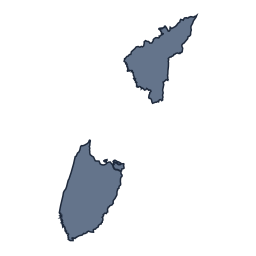 the district of Sucre, Manabi, Ecuador
{"feature_id": "8360857B16036105102773", "entity_name": "Sucre", "entity_type": "district", "adm_level": 2, "iso_a3": "ECU", "parent_name": "Ecuador", "parent_adm1": "Manabi", "projection": "natural_earth1", "projection_center": [-80.333, -0.56], "detail": "fine", "context": "isolated", "style": "filled", "palette": "slate", "viewbox_px": 256, "rotation_deg": 0, "n_neighbors": 0, "source": "geoboundaries", "source_scale": "gbopen_adm2", "svg_char_len": 5732}
<svg xmlns="http://www.w3.org/2000/svg" viewBox="0 0 256 256"><path d="M68.2,239.3L70.2,240.6L73.1,240.6L73.1,239.1L72.7,238.6L72.1,238.5L72.2,237.9L73.9,238.0L75.0,238.5L75.4,237.9L76.3,237.5L76.2,237.3L79.2,235.7L82.3,235.0L83.7,233.4L84.7,233.7L87.0,232.6L87.0,232.0L88.4,231.2L90.9,232.0L93.5,232.2L93.3,229.9L94.2,229.2L95.5,229.1L96.3,228.0L98.2,227.0L98.4,226.5L98.3,225.7L98.9,225.0L100.4,224.0L101.1,224.0L101.5,222.5L102.2,222.3L102.3,221.1L102.9,220.0L102.7,217.5L102.2,217.2L103.5,215.8L103.5,215.2L103.2,214.7L104.9,213.2L106.3,213.5L107.2,212.0L107.7,211.9L107.5,209.3L107.6,208.6L108.1,207.9L108.2,207.2L109.3,206.7L109.8,205.7L112.0,204.9L113.3,203.1L113.1,202.6L113.3,200.5L115.0,198.5L116.9,194.9L117.0,191.5L117.6,189.9L117.6,189.1L119.0,188.2L118.9,187.2L119.3,186.0L120.5,185.0L120.7,184.2L120.4,181.7L120.5,178.8L121.1,177.0L121.8,176.6L122.1,175.9L122.0,174.9L121.3,174.3L120.9,172.9L121.0,171.5L117.5,169.9L115.7,169.8L114.2,169.0L113.3,167.4L112.6,165.0L110.2,162.0L108.4,162.2L107.2,162.8L105.6,164.3L104.4,164.8L103.0,165.0L101.4,164.6L100.2,163.9L99.0,161.1L96.1,161.0L95.2,160.7L93.5,157.0L92.1,156.2L90.2,154.7L89.7,152.9L89.8,151.7L89.5,149.5L89.8,148.4L89.3,146.3L89.8,145.3L89.9,143.0L90.3,141.1L90.3,140.6L89.8,140.1L89.3,140.4L88.6,142.3L87.3,143.6L84.4,145.2L82.7,145.8L81.8,145.6L80.7,146.3L79.8,150.1L78.9,152.0L77.5,153.1L76.2,156.2L75.2,156.6L73.6,163.8L71.2,172.3L69.0,179.0L68.2,180.3L66.5,187.0L65.8,188.9L64.4,190.7L63.5,192.4L62.9,196.0L60.6,205.7L59.3,212.8L59.6,213.3L60.5,213.2L60.7,213.4L60.7,213.8L60.3,214.3L60.7,214.9L61.3,215.1L60.4,215.5L61.1,215.7L61.5,216.4L60.2,216.1L60.2,216.4L60.8,216.5L60.9,216.9L60.8,217.5L60.3,217.8L60.9,217.8L61.2,219.3L61.9,219.4L61.7,219.9L61.1,220.0L61.4,220.8L62.2,220.1L62.6,220.7L62.2,221.8L61.4,222.6L62.3,222.8L61.8,223.2L62.5,223.6L62.7,224.1L62.3,224.0L62.2,224.3L62.9,224.9L62.5,225.6L62.6,226.0L63.2,225.5L63.0,226.9L63.4,226.6L64.0,226.9L64.1,226.3L64.6,226.8L65.0,227.8L64.8,228.7L65.2,228.9L65.1,229.4L65.4,229.6L65.3,229.8L65.6,230.3L65.2,230.7L65.7,231.0L65.8,230.7L66.3,231.0L65.7,231.5L66.4,232.0L66.2,232.7L66.9,233.6L67.7,233.4L68.0,234.2L68.4,234.3L67.8,235.5L68.1,235.9L68.1,237.0L68.5,237.3L68.2,237.8L68.4,238.4L68.2,239.3ZM196.7,15.4L195.6,16.3L194.4,16.5L193.8,17.2L190.8,16.6L189.7,17.1L189.2,17.0L188.8,17.6L187.9,18.1L186.8,18.0L186.7,17.7L184.7,17.9L184.1,18.4L183.9,19.1L183.2,19.6L183.2,20.2L180.7,19.4L180.1,20.5L179.9,21.9L178.0,23.3L177.0,24.6L176.7,25.3L176.2,25.5L175.7,26.3L171.7,28.5L170.2,27.2L170.0,28.2L170.0,30.0L169.4,31.0L168.4,31.2L168.1,31.0L168.0,30.2L167.7,30.1L166.6,28.0L166.3,28.0L166.3,27.5L165.4,26.3L164.7,27.0L164.4,26.6L164.1,27.5L163.5,27.6L162.2,28.6L162.2,28.0L161.0,28.1L160.2,28.8L160.3,28.2L159.5,28.3L159.3,28.5L159.6,28.9L158.9,28.7L158.8,29.0L160.6,30.5L160.7,31.3L161.4,31.8L161.4,33.1L163.2,33.6L163.2,33.9L162.6,34.5L162.0,34.7L162.4,33.8L161.7,33.8L161.4,34.8L160.2,36.0L159.2,36.0L159.3,37.4L158.7,37.9L155.9,37.6L154.2,38.6L153.2,39.8L153.3,40.7L151.8,43.0L149.8,43.1L149.3,42.2L148.3,41.4L147.1,41.4L145.5,40.6L144.1,41.9L144.3,43.0L143.7,45.9L143.0,46.5L142.5,46.9L141.3,46.4L140.2,47.1L139.4,47.1L138.2,46.5L136.2,46.9L134.9,48.6L131.4,51.7L130.8,54.4L129.6,54.5L128.6,55.3L128.4,56.0L126.8,56.5L125.3,58.5L124.7,58.6L124.9,59.1L124.5,59.6L124.1,61.4L125.9,62.5L125.6,62.8L125.7,63.9L126.5,64.2L126.8,64.0L127.1,64.3L126.8,65.2L126.9,66.5L127.5,66.5L127.7,67.3L127.5,67.8L128.0,68.5L127.7,69.0L128.0,69.6L127.4,70.5L127.5,71.2L128.2,71.1L129.0,70.2L129.5,70.3L129.6,70.9L130.6,70.6L131.0,70.8L131.3,70.5L132.2,70.6L132.3,71.0L132.0,71.5L132.3,71.4L132.3,71.8L133.2,72.5L132.9,72.9L133.4,74.4L133.4,75.5L133.8,75.9L134.2,77.1L133.9,78.3L133.6,78.6L134.0,79.0L134.1,78.6L134.8,78.5L134.8,79.0L135.1,79.0L134.8,79.4L135.1,79.5L134.9,79.8L135.1,80.1L134.9,80.5L135.4,80.6L135.7,81.6L136.2,82.0L135.9,82.3L136.6,82.5L136.3,82.9L136.7,85.1L136.5,86.2L137.3,86.7L137.3,87.1L137.8,87.0L137.9,86.6L138.6,87.1L139.2,86.5L140.4,86.7L140.8,87.5L141.5,87.6L141.4,88.7L141.8,88.3L142.6,88.2L142.6,88.5L143.5,88.8L144.5,90.1L145.9,89.7L146.7,88.4L147.5,88.9L148.5,90.2L149.1,89.8L149.7,90.2L150.6,90.2L151.0,91.4L149.8,92.5L149.7,93.8L149.1,94.9L148.7,97.5L149.2,98.4L150.5,98.5L151.4,99.6L152.0,102.2L152.6,103.3L155.5,102.2L156.6,102.2L157.9,101.3L158.6,101.8L159.1,100.2L159.7,99.7L160.5,99.6L161.7,100.7L162.7,99.9L162.4,98.6L162.9,97.7L162.9,96.8L162.5,95.1L163.2,93.0L162.6,90.1L163.8,84.5L163.4,84.0L163.5,83.2L163.1,82.1L164.3,81.5L166.1,79.7L167.6,80.3L167.6,79.6L168.1,79.6L167.6,78.1L167.8,77.7L167.5,74.9L167.8,74.3L167.9,70.9L168.4,66.5L168.5,62.4L168.2,61.5L168.7,59.7L168.4,59.3L168.3,58.4L170.2,56.9L171.0,57.1L171.5,56.4L172.6,56.1L173.6,55.4L173.7,54.5L175.0,54.2L175.8,53.4L177.6,53.0L178.7,53.5L179.8,53.5L180.0,52.7L180.5,52.9L180.6,52.6L181.7,52.4L181.8,51.9L182.2,51.7L182.7,48.2L182.0,46.7L181.8,45.2L182.3,44.3L183.5,43.2L183.9,43.2L187.6,38.8L188.1,36.6L189.5,36.1L190.4,35.1L190.6,34.7L190.7,32.0L191.3,30.1L190.9,28.0L191.0,26.2L192.6,23.3L193.4,20.9L196.0,17.2L196.7,15.4ZM117.5,164.1L116.8,163.2L115.5,163.0L113.5,162.2L113.5,163.4L113.9,164.2L113.3,164.0L113.2,165.3L113.4,166.7L114.4,168.7L115.7,169.4L117.7,169.5L121.0,171.1L121.5,170.9L121.8,169.0L123.0,168.8L124.0,168.2L124.0,167.2L123.6,165.8L123.9,164.0L123.6,163.7L121.3,163.9L120.1,164.7L118.5,164.7L117.5,164.1ZM115.3,160.3L114.3,160.3L113.2,161.3L114.8,162.4L117.1,162.9L118.0,164.2L119.8,164.4L121.1,163.7L120.8,163.1L118.6,161.9L117.4,161.6L115.3,160.3ZM105.9,162.1L106.2,161.8L106.3,160.9L105.8,160.8L105.0,160.1L103.8,160.8L103.9,161.2L104.7,161.8L105.9,162.1ZM106.2,160.7L107.0,160.4L107.0,159.6L105.3,160.0L105.6,160.5L106.2,160.7Z" fill="#64748b" stroke="#1e293b" stroke-width="1.5"/></svg>